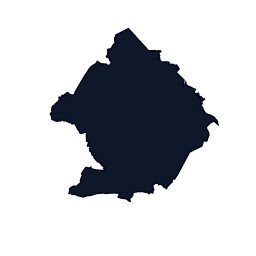 outline of El Arenal, Hidalgo, Mexico, rotated 210°
{"feature_id": "50627088B4144789748082", "entity_name": "El Arenal", "entity_type": "district", "adm_level": 2, "iso_a3": "MEX", "parent_name": "Mexico", "parent_adm1": "Hidalgo", "projection": "mercator", "projection_center": [-98.879, 20.225], "detail": "fine", "context": "isolated", "style": "filled", "palette": "ink", "viewbox_px": 256, "rotation_deg": 210, "n_neighbors": 0, "source": "geoboundaries", "source_scale": "gbopen_adm2", "svg_char_len": 5774}
<svg xmlns="http://www.w3.org/2000/svg" viewBox="0 0 256 256"><g transform="rotate(210 128 128)"><path d="M54.9,179.1L56.6,179.3L58.4,180.2L58.4,180.3L61.4,180.4L63.4,180.3L64.8,179.8L67.9,179.3L70.8,180.8L73.8,182.9L74.9,183.5L77.2,184.2L77.1,184.6L75.8,186.2L77.2,186.8L77.3,187.7L77.6,188.8L77.3,189.2L77.0,189.1L76.2,191.2L76.6,191.4L77.0,190.5L78.8,191.0L80.4,191.7L81.1,190.3L82.2,191.2L82.6,190.8L84.3,191.0L83.1,192.5L82.9,192.6L83.9,192.5L84.4,193.2L87.1,191.0L87.5,191.2L88.0,191.9L88.8,192.2L89.0,195.1L91.4,194.7L93.7,194.7L95.8,194.4L98.4,194.4L99.3,194.8L100.6,196.1L99.8,192.9L100.8,192.6L101.2,192.7L101.9,194.0L103.5,197.5L114.2,200.3L113.3,204.6L115.2,205.8L117.2,206.7L117.4,206.8L118.3,206.0L119.3,205.4L119.5,205.4L120.2,205.7L122.0,205.1L122.8,203.9L123.9,204.0L124.5,204.9L125.0,204.8L126.0,205.2L126.4,204.9L126.7,205.0L127.0,204.6L127.8,204.3L129.9,203.2L130.6,202.5L131.1,202.3L131.4,202.0L132.4,201.9L133.3,202.6L134.8,202.8L134.6,203.0L135.0,203.4L135.0,203.6L135.7,204.0L135.7,204.6L136.4,205.1L137.0,205.0L137.3,205.7L136.9,206.6L138.2,207.6L138.9,208.6L138.8,209.4L137.8,210.3L137.7,210.5L137.8,210.7L138.4,211.0L138.9,210.7L140.2,210.1L141.4,209.3L141.9,208.1L142.3,208.1L143.0,208.7L148.8,205.1L161.8,209.3L162.6,209.4L164.7,210.2L177.3,214.2L185.0,202.5L184.9,201.7L184.2,200.9L184.1,200.6L184.4,199.7L184.6,199.4L184.1,198.8L183.1,196.7L182.2,196.1L181.8,195.6L181.8,195.1L181.6,194.9L181.6,194.4L181.4,194.2L182.3,193.3L182.4,190.6L181.8,190.3L182.8,187.6L184.6,186.2L184.9,185.7L184.8,185.4L183.8,184.5L182.6,182.1L182.2,181.0L182.2,180.3L182.5,179.4L182.4,179.0L182.0,178.8L181.5,178.8L180.7,179.5L180.1,179.6L179.8,179.5L179.1,178.7L178.3,178.6L177.6,177.5L177.3,177.4L176.4,177.4L175.9,176.9L174.8,175.3L174.9,174.5L175.1,174.6L175.2,174.3L175.1,174.0L175.3,173.5L175.7,173.0L175.9,172.3L176.2,172.0L177.7,172.1L178.6,172.4L179.3,172.0L183.2,170.3L184.2,170.1L187.8,170.3L188.0,168.7L188.0,167.8L188.2,167.0L189.6,164.8L190.0,164.0L190.9,161.2L191.1,159.3L191.3,154.5L191.5,153.2L191.6,151.3L191.7,132.9L191.5,132.5L191.4,131.4L191.1,130.8L191.1,130.5L191.3,130.1L191.6,129.9L192.0,129.4L192.1,129.0L192.6,128.3L194.8,128.2L195.7,127.8L197.5,128.5L198.4,128.2L198.6,127.9L198.2,127.2L198.2,126.9L198.4,126.6L199.3,126.2L199.3,125.7L199.9,124.8L199.9,124.6L199.6,124.3L199.3,123.3L199.5,123.1L200.2,123.4L201.1,123.4L201.3,123.2L201.4,122.5L201.3,121.8L201.7,120.7L201.9,120.4L202.9,120.4L203.0,120.2L202.6,119.3L201.9,118.8L201.5,116.1L201.7,115.4L202.4,114.7L202.4,113.7L203.0,112.6L202.8,111.4L203.1,110.9L203.8,110.3L203.9,109.9L203.9,108.6L204.0,108.1L203.8,107.3L203.0,105.3L202.0,104.6L202.0,104.1L201.7,103.8L201.7,103.1L202.3,102.1L202.2,101.3L201.1,100.7L200.5,100.3L199.8,99.4L199.4,99.2L199.0,98.7L198.5,97.7L197.2,97.5L196.4,97.9L195.7,97.9L195.5,98.0L194.3,97.9L192.9,98.4L192.0,98.9L191.6,99.7L190.9,100.1L189.8,100.5L189.4,101.7L188.9,102.2L187.8,102.1L186.9,102.1L186.2,103.2L185.5,103.6L185.1,103.6L184.8,103.1L184.2,103.0L183.3,103.3L182.7,103.7L182.3,103.8L181.5,103.4L181.2,103.5L180.8,104.0L180.5,104.1L179.3,103.8L178.7,103.5L178.3,103.8L177.1,104.8L176.5,105.1L174.2,104.1L173.5,103.6L172.2,103.2L172.4,102.8L170.9,101.8L170.0,101.4L169.2,101.3L167.1,99.7L165.9,99.8L163.4,102.5L162.7,103.0L161.3,103.3L161.0,102.8L160.8,101.5L159.9,100.3L159.6,99.5L159.0,98.9L157.4,96.1L157.1,95.8L156.6,95.9L156.1,96.4L155.6,96.7L154.8,96.2L154.6,94.1L154.3,93.1L153.9,92.8L154.2,92.6L153.7,92.2L153.2,92.9L151.2,92.6L150.7,91.4L151.0,91.0L150.4,90.4L150.2,89.6L149.8,89.2L149.4,89.0L148.6,89.0L147.8,88.8L147.0,88.2L146.1,87.1L145.4,86.8L143.9,86.7L142.8,86.1L142.8,85.6L142.1,85.1L141.8,85.0L141.1,85.3L140.6,84.7L140.3,85.0L139.3,84.5L139.3,84.2L138.6,84.3L138.1,84.2L137.7,83.5L136.6,84.1L136.2,84.0L136.0,83.9L135.4,83.9L133.2,83.3L132.1,82.7L128.4,82.0L128.8,80.8L127.1,80.2L126.8,79.9L126.9,79.7L127.9,78.8L129.3,78.4L130.3,77.7L130.5,77.3L130.4,77.2L131.4,76.9L131.4,77.1L132.8,76.6L132.8,76.3L133.9,76.1L134.4,75.6L135.5,75.4L136.8,74.9L137.7,74.8L140.2,74.2L140.3,75.2L140.6,75.5L141.2,74.3L141.1,74.0L144.7,72.9L145.2,69.0L145.3,65.3L143.7,64.2L143.8,63.2L143.0,59.0L142.7,58.2L141.4,57.7L141.6,56.9L142.4,55.0L143.1,52.3L144.3,51.1L145.8,50.6L146.2,50.3L147.9,47.1L148.0,46.2L147.9,45.8L147.2,44.7L147.0,44.1L146.5,42.6L146.4,41.8L146.0,41.9L146.1,43.4L143.4,42.5L139.9,44.4L137.8,44.3L132.0,46.1L129.8,48.8L128.5,49.9L127.7,50.1L125.7,52.0L123.3,54.7L121.2,56.6L119.3,57.7L118.1,58.7L117.0,59.3L116.3,59.7L115.3,59.9L114.0,60.6L111.8,62.2L106.8,65.3L102.5,67.3L102.1,63.4L99.0,63.8L96.3,65.0L94.7,65.6L93.3,65.9L91.3,65.3L89.6,65.7L90.2,66.4L90.9,66.8L91.2,67.7L90.3,70.7L90.4,72.4L91.2,73.6L91.2,74.6L90.4,75.3L89.5,76.5L89.1,76.7L87.2,78.2L86.3,78.6L83.9,80.2L80.8,81.1L78.5,82.0L77.4,81.9L76.6,82.0L76.7,82.4L76.7,83.7L75.0,83.9L74.0,84.2L74.0,84.3L74.8,84.8L74.8,87.3L75.5,87.2L75.8,88.5L76.6,88.6L76.8,88.9L77.2,89.9L78.2,89.8L78.4,89.9L78.5,90.1L78.1,90.7L77.3,92.3L77.0,93.2L76.3,94.8L75.8,94.4L74.7,95.0L73.7,94.9L73.2,94.2L71.7,95.7L70.6,95.8L69.6,95.6L69.6,95.9L69.0,96.4L67.8,94.8L67.5,94.9L64.4,94.9L64.7,97.8L64.0,98.6L63.9,100.0L62.9,103.2L63.9,106.0L62.1,107.2L62.2,108.2L62.1,108.3L61.9,113.2L62.7,137.9L55.1,149.3L55.3,150.1L55.7,152.4L56.0,153.1L56.6,155.0L55.6,155.1L55.6,155.9L55.4,155.5L53.8,155.5L53.9,156.2L53.7,156.6L53.4,156.6L53.3,156.8L53.5,157.3L53.5,157.7L54.0,158.0L54.1,158.3L53.9,160.4L54.6,160.7L54.6,160.9L54.4,161.9L54.7,162.9L55.5,163.2L55.8,164.1L56.1,164.4L57.1,165.0L57.3,165.3L57.9,165.4L59.5,166.5L60.7,168.0L61.1,168.1L60.3,169.5L60.0,171.4L59.8,171.5L59.4,173.3L58.9,174.5L58.1,175.3L58.0,175.8L57.4,176.5L56.4,176.8L54.9,176.9L54.4,176.7L53.8,176.2L52.7,176.2L52.0,176.1L53.0,177.1L53.7,178.1L54.9,179.1Z" fill="#0f172a" stroke="#020617" stroke-width="1.5"/></g></svg>